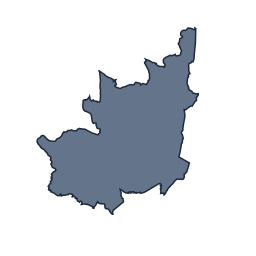 Tilapa, Puebla, Mexico, rotated 343°
{"feature_id": "50627088B76714936003523", "entity_name": "Tilapa", "entity_type": "district", "adm_level": 2, "iso_a3": "MEX", "parent_name": "Mexico", "parent_adm1": "Puebla", "projection": "natural_earth1", "projection_center": [-98.551, 18.619], "detail": "fine", "context": "isolated", "style": "filled", "palette": "slate", "viewbox_px": 256, "rotation_deg": 343, "n_neighbors": 0, "source": "geoboundaries", "source_scale": "gbopen_adm2", "svg_char_len": 5744}
<svg xmlns="http://www.w3.org/2000/svg" viewBox="0 0 256 256"><g transform="rotate(343 128 128)"><path d="M210.4,50.9L208.8,50.8L207.7,51.1L206.2,52.5L205.8,53.5L205.6,54.7L206.0,55.5L206.6,55.9L206.8,56.4L206.6,57.0L205.5,57.5L203.8,57.7L202.1,61.0L200.9,61.7L200.8,62.6L200.9,63.4L201.4,64.7L201.2,66.0L201.8,70.1L200.7,71.0L199.8,73.0L199.3,73.3L198.8,73.5L195.6,73.3L194.7,72.7L194.6,71.3L193.7,71.6L190.3,71.6L189.8,70.8L184.6,71.5L183.6,71.9L182.2,72.6L181.6,73.4L181.0,76.0L181.8,77.1L181.7,78.1L181.9,78.5L181.7,78.9L181.1,79.6L180.8,80.4L180.3,80.4L180.1,79.7L176.1,78.3L174.9,77.2L173.4,75.4L174.0,74.6L171.6,72.9L170.6,72.6L167.9,69.6L166.4,68.5L165.6,68.1L164.8,67.3L165.1,69.3L163.1,69.9L163.2,70.6L162.9,71.1L163.4,72.6L164.1,76.7L164.1,77.1L164.6,79.0L164.3,79.9L164.3,83.1L163.7,84.4L163.5,86.1L162.2,88.0L162.1,88.4L161.7,88.7L161.0,88.7L160.7,89.7L158.2,91.8L156.3,90.5L155.1,89.8L153.8,90.1L152.8,90.7L152.5,88.7L149.0,86.7L148.8,86.9L148.3,86.7L146.5,88.2L145.3,88.4L144.1,87.5L142.6,87.2L139.6,87.3L137.2,87.7L135.0,87.4L133.3,87.9L132.1,87.8L131.5,87.6L129.3,86.1L128.0,84.8L127.7,84.3L127.7,83.5L129.6,83.2L129.5,79.6L129.9,78.8L130.5,78.3L129.4,78.2L128.6,79.4L127.6,79.5L128.0,77.4L126.2,75.4L124.0,73.8L122.1,71.7L120.9,69.6L117.5,65.5L117.1,64.9L116.8,64.2L117.1,65.4L117.1,66.8L115.6,74.3L113.6,79.4L113.3,80.8L112.9,81.6L112.9,83.2L111.3,88.0L111.3,88.6L110.3,91.5L109.0,94.6L108.0,94.6L106.3,94.2L106.5,93.6L103.4,92.2L103.1,91.7L103.1,91.1L100.8,91.4L100.1,89.4L100.4,88.0L100.5,86.5L100.2,86.9L98.5,88.0L98.4,88.3L95.6,89.1L95.4,88.3L93.3,88.5L91.7,92.4L90.8,95.3L90.9,97.7L91.6,99.1L92.3,99.5L95.0,101.8L96.4,103.3L96.7,104.4L95.7,111.8L96.1,113.2L96.5,113.6L97.7,113.3L98.9,114.1L98.3,115.8L98.4,119.0L98.9,119.7L100.0,120.1L101.1,121.1L101.1,121.5L100.1,122.6L99.9,123.2L100.1,123.8L100.1,124.3L98.4,124.9L97.2,125.8L91.9,122.0L86.3,116.4L84.8,116.1L83.8,115.4L82.3,114.8L81.5,114.2L80.2,114.4L79.5,114.4L78.7,114.9L78.2,115.6L75.2,114.8L73.4,113.3L72.6,113.3L72.2,113.5L69.8,112.8L69.3,113.0L68.5,113.6L67.3,113.6L66.6,113.3L66.1,113.6L65.1,113.0L61.8,116.4L60.3,117.1L59.1,117.5L58.0,117.5L56.4,117.8L55.4,118.9L54.4,119.4L51.0,118.2L49.5,117.5L48.0,115.9L46.5,113.3L45.9,111.6L44.4,110.2L43.0,110.2L42.0,110.7L41.3,111.3L38.8,112.0L37.9,112.8L37.4,113.6L37.1,114.4L37.1,115.1L37.5,117.5L38.4,119.0L38.6,119.8L38.8,120.9L39.2,121.0L39.4,121.3L39.5,122.3L40.5,123.1L41.5,124.4L41.9,125.1L42.3,126.8L42.9,127.1L43.1,127.5L43.4,128.5L43.3,128.9L43.7,129.6L43.6,130.2L43.6,130.5L45.4,132.9L45.7,133.4L45.3,134.1L45.2,134.7L44.6,135.3L44.6,136.2L44.9,136.3L45.1,137.0L45.1,137.9L44.9,139.2L44.6,139.6L43.9,139.6L43.8,140.3L44.0,141.2L44.1,143.2L44.2,143.7L46.3,145.3L46.9,146.7L46.9,147.0L46.1,147.3L45.6,147.9L45.3,148.1L44.0,148.1L41.3,149.7L41.6,150.2L41.4,151.4L40.3,152.3L40.2,152.5L40.7,153.2L40.6,153.7L40.3,153.9L39.8,153.9L39.7,154.1L40.2,154.9L40.1,155.3L39.9,155.6L39.1,156.1L38.6,156.3L38.2,156.3L37.8,158.5L36.4,158.8L35.8,159.8L34.6,160.4L34.8,161.3L35.2,161.8L34.8,162.5L34.2,163.1L34.1,164.1L34.5,164.5L35.0,164.4L35.6,164.6L35.9,165.1L35.8,165.4L35.3,165.9L35.4,166.3L35.8,166.5L37.3,167.9L37.7,167.9L39.9,170.9L40.7,171.9L41.2,172.2L43.0,172.7L43.3,171.9L43.7,171.5L44.0,171.5L44.3,171.6L44.7,172.3L44.7,172.8L44.3,173.3L44.4,173.5L45.0,173.3L46.0,173.3L48.0,173.8L51.4,174.2L52.1,173.9L52.8,173.8L53.4,174.0L53.8,174.4L55.3,175.1L55.7,175.8L55.2,176.7L54.6,177.1L54.5,177.6L55.6,177.6L56.3,177.3L57.6,179.5L57.1,179.9L57.3,180.2L58.7,180.6L58.3,181.0L58.4,183.1L59.0,183.5L60.0,184.8L60.8,184.2L61.7,184.2L62.3,186.0L61.0,187.5L63.9,187.8L66.2,189.0L67.0,189.1L67.3,189.7L68.2,190.0L68.6,190.7L71.3,192.9L70.8,194.0L71.9,194.8L72.0,194.2L75.3,191.7L76.1,190.6L76.6,190.3L77.3,189.5L78.0,190.5L77.8,191.1L79.4,192.3L83.1,193.7L83.4,194.4L82.7,197.6L83.1,198.3L83.2,198.1L84.2,199.1L85.3,199.6L86.3,201.8L86.1,202.4L86.5,203.1L86.7,204.1L87.2,205.1L88.1,206.0L88.5,206.0L88.6,204.0L89.3,202.9L89.8,202.4L102.1,197.3L102.3,196.4L102.4,194.9L102.6,194.1L102.2,193.5L101.8,193.3L101.7,192.8L101.6,190.1L102.5,188.1L102.5,184.3L102.8,184.6L102.8,184.8L104.1,185.9L105.3,187.8L106.9,189.4L109.3,190.5L109.6,189.5L111.5,189.7L111.2,190.9L112.9,191.0L113.1,190.2L115.0,190.7L114.7,191.8L116.9,192.1L116.8,192.7L120.7,192.9L120.6,194.0L123.9,194.3L125.7,194.1L141.1,190.3L142.4,190.6L142.3,190.9L143.1,191.5L143.2,192.9L142.0,192.8L142.2,195.3L141.1,195.7L141.2,196.2L140.9,198.3L140.7,199.0L140.1,200.2L143.1,200.6L142.9,202.5L144.6,201.7L146.0,199.7L147.0,199.3L149.1,197.2L150.8,196.4L151.9,195.6L154.9,194.1L156.8,192.5L160.0,191.1L162.8,192.3L165.5,193.1L166.0,193.0L166.6,192.5L167.5,191.3L168.2,188.6L168.5,188.7L169.6,188.2L170.5,187.6L171.0,187.0L171.4,187.1L176.5,179.4L168.2,170.6L170.9,166.0L174.8,158.2L175.6,158.0L176.9,154.7L177.8,154.4L178.0,150.3L177.5,148.4L178.0,147.3L179.6,146.5L180.0,145.7L180.1,144.9L182.0,140.9L185.5,134.2L186.1,132.7L187.1,126.7L188.5,127.5L191.5,126.2L192.8,125.8L194.6,125.4L195.9,125.8L199.8,122.2L201.5,121.8L201.9,120.8L202.0,119.4L202.8,118.5L203.3,118.4L203.8,117.7L204.2,117.6L204.7,117.1L205.1,116.3L205.2,115.7L203.8,115.5L202.4,114.8L200.3,113.5L199.7,111.4L198.9,110.7L198.3,110.3L198.0,109.2L197.6,109.1L197.5,108.1L197.9,106.7L197.5,103.6L197.6,102.2L197.7,101.7L198.2,101.1L199.2,98.4L199.5,98.1L199.8,97.4L200.2,97.1L200.4,97.1L201.1,96.2L201.0,95.1L202.0,94.4L203.1,94.2L202.9,92.8L202.9,90.6L203.4,89.5L204.4,85.4L204.7,84.9L205.1,84.4L205.8,84.0L207.0,84.2L207.4,84.0L208.5,83.1L209.4,83.8L210.7,82.2L212.0,79.5L212.8,77.2L217.3,66.5L221.9,52.6L221.2,51.9L221.0,53.6L220.9,53.8L220.6,53.8L218.3,51.8L216.7,50.8L214.9,50.0L214.2,50.0L213.1,51.0L212.2,51.4L211.1,51.4L210.4,50.9Z" fill="#64748b" stroke="#1e293b" stroke-width="1.5"/></g></svg>